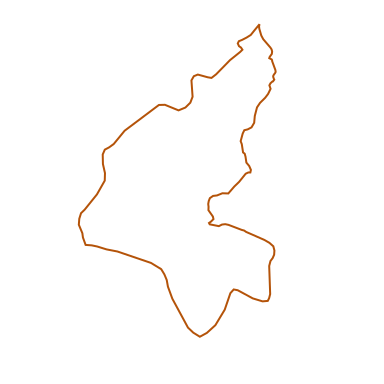 SVG path tracing the border of Fès - Boulemane, rotated 73°
{"feature_id": "MAR-1446", "entity_name": "Fès - Boulemane", "entity_type": "Region", "adm_level": 1, "iso_a3": "MAR", "parent_name": "Morocco", "parent_adm1": "", "projection": "natural_earth1", "projection_center": [-4.364, 33.462], "detail": "fine", "context": "isolated", "style": "outline", "palette": "amber", "viewbox_px": 384, "rotation_deg": 73, "n_neighbors": 0, "source": "natural_earth", "source_scale": "10m", "svg_char_len": 1824}
<svg xmlns="http://www.w3.org/2000/svg" viewBox="0 0 384 384"><g transform="rotate(73 192 192)"><path d="M78.9,74.2L81.1,74.3L83.3,75.3L85.5,78.2L86.6,79.0L88.6,77.0L89.5,76.9L90.4,77.1L99.7,76.6L101.6,76.9L102.7,77.9L103.6,79.3L104.9,80.5L105.9,80.7L108.2,80.6L108.6,80.5L109.9,82.2L109.8,82.7L110.6,84.4L111.0,85.2L112.6,86.8L116.3,86.7L120.5,90.6L123.3,94.5L126.6,100.8L130.1,105.1L137.6,109.7L144.0,112.3L147.6,116.2L148.4,120.5L148.2,123.9L150.9,126.4L157.6,130.6L160.8,130.4L169.1,131.6L170.8,130.4L173.9,130.5L179.8,131.4L183.8,129.7L188.1,129.2L190.4,130.5L189.8,132.5L190.2,135.3L196.1,144.0L199.1,149.9L204.0,157.7L202.1,163.3L202.6,169.1L201.9,173.0L203.1,176.7L205.5,178.6L208.2,180.0L211.0,180.5L214.2,181.6L221.6,179.2L224.2,179.4L225.9,182.6L226.6,184.8L228.1,184.5L232.5,176.3L231.9,172.8L232.5,169.6L234.1,166.7L242.8,155.5L244.1,153.4L246.0,151.9L259.0,136.8L263.3,132.8L267.7,130.1L272.1,130.3L276.0,131.8L278.8,134.2L280.9,137.1L285.3,139.8L312.5,147.1L316.1,149.3L318.3,151.4L317.2,156.5L311.5,165.0L299.3,177.0L297.4,180.6L300.0,184.9L314.1,195.1L326.2,208.6L331.1,219.0L332.7,226.8L326.9,231.9L320.5,235.5L288.3,242.0L275.5,242.7L268.8,241.9L262.7,242.5L256.8,244.0L247.8,252.0L227.1,280.7L221.9,290.5L216.4,298.6L213.7,303.5L211.5,309.2L203.6,309.6L199.4,308.9L190.2,309.8L184.6,307.6L179.8,304.3L177.5,299.8L166.5,283.6L155.6,272.1L148.5,269.7L139.2,269.0L130.0,266.4L126.0,263.0L125.1,258.3L123.2,252.8L113.7,238.5L99.1,198.2L100.7,192.4L110.0,181.0L109.3,173.6L106.1,167.5L101.1,163.6L85.1,159.9L81.8,156.4L81.4,152.1L86.9,143.4L88.6,140.0L86.5,134.5L77.0,117.1L72.2,105.1L70.7,102.2L68.2,102.9L66.3,104.4L63.3,104.8L61.5,103.1L61.2,99.7L60.3,94.7L59.0,89.9L56.0,85.5L51.3,78.4L53.3,79.5L55.6,79.9L62.6,80.0L66.7,79.2L76.8,74.8L78.9,74.2Z" fill="none" stroke="#b45309" stroke-width="2"/></g></svg>